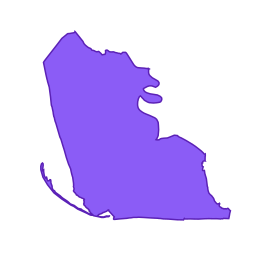 Sfantu Gheorghe, Tulcea, Romania (Equal Earth projection), rotated 83°
{"feature_id": "2599482B99417492783544", "entity_name": "Sfantu Gheorghe", "entity_type": "district", "adm_level": 2, "iso_a3": "ROU", "parent_name": "Romania", "parent_adm1": "Tulcea", "projection": "equal_earth", "projection_center": [29.46, 44.925], "detail": "fine", "context": "isolated", "style": "filled", "palette": "violet", "viewbox_px": 256, "rotation_deg": 83, "n_neighbors": 0, "source": "geoboundaries", "source_scale": "gbopen_adm2", "svg_char_len": 5780}
<svg xmlns="http://www.w3.org/2000/svg" viewBox="0 0 256 256"><g transform="rotate(83 128 128)"><path d="M71.2,100.7L71.6,101.1L71.4,101.3L71.1,102.7L70.6,104.5L70.1,107.1L69.6,109.6L69.2,111.2L68.8,111.9L68.3,112.6L67.4,113.5L66.7,114.0L65.8,114.6L55.6,119.4L54.3,120.0L53.0,120.8L52.6,121.3L52.5,121.8L52.5,122.5L52.4,122.8L52.3,123.6L52.3,124.0L52.5,124.3L53.4,125.5L53.6,126.0L53.6,126.3L53.0,126.8L52.9,127.1L52.8,127.9L52.7,128.3L52.2,129.5L51.3,132.0L50.9,132.5L50.7,132.9L50.5,134.9L50.4,135.9L50.1,136.8L49.9,137.3L49.6,137.6L48.6,138.6L48.2,139.1L48.1,139.5L48.1,140.2L48.3,140.8L48.6,141.0L49.7,140.9L50.2,141.0L51.6,141.5L52.1,142.0L52.0,142.7L52.2,144.4L52.2,144.8L51.7,145.1L50.4,146.0L48.5,147.7L48.4,148.0L48.5,148.7L48.6,149.6L48.4,150.1L48.2,150.6L47.7,151.4L47.0,152.4L46.8,152.8L46.6,153.6L46.4,154.2L46.3,154.4L45.2,154.9L44.7,155.3L44.3,155.8L43.6,157.1L43.0,157.9L41.9,159.0L40.6,160.2L39.5,161.0L38.7,161.5L37.7,161.8L36.8,162.1L36.5,162.2L28.4,167.2L26.3,168.5L25.8,168.9L26.1,169.0L26.3,169.0L26.6,169.2L26.7,169.5L26.9,170.4L27.0,172.9L27.1,174.0L27.0,176.2L27.1,176.5L27.3,176.9L27.6,177.4L28.1,178.1L30.4,181.8L31.0,182.7L32.0,183.7L36.1,187.7L49.9,201.5L51.4,202.9L52.6,203.9L65.4,202.9L70.1,202.4L71.0,202.2L71.8,202.2L77.9,201.2L87.7,201.1L96.0,201.3L98.0,200.8L99.6,200.7L102.8,200.4L105.1,200.4L107.7,200.2L108.9,199.8L110.0,199.8L112.5,199.5L114.5,199.0L128.7,196.7L131.1,195.9L137.6,194.8L142.4,193.9L149.8,192.8L156.7,191.4L159.3,190.6L161.7,189.9L163.6,189.8L166.6,189.5L168.6,189.2L170.2,188.9L176.2,188.8L178.7,189.0L179.4,189.3L181.7,188.9L182.4,189.1L183.8,189.8L185.3,189.0L185.5,188.7L186.0,188.3L186.8,188.1L187.9,187.1L188.3,187.2L188.4,186.9L188.8,186.2L190.2,185.1L190.2,184.9L190.7,184.4L191.1,183.7L191.3,183.1L192.0,182.3L192.5,181.1L193.4,180.0L193.6,180.0L193.7,180.5L194.2,180.7L194.5,180.5L195.2,180.7L195.9,180.4L196.2,180.4L196.6,180.8L197.4,180.8L197.6,181.1L198.0,181.0L198.8,181.2L200.3,180.0L201.5,179.4L202.9,178.1L203.1,177.7L204.9,176.6L205.4,176.6L205.3,176.3L206.3,176.2L207.0,175.8L208.1,175.5L208.0,175.2L208.4,174.6L208.8,174.5L209.7,173.7L209.2,176.0L205.1,181.5L204.0,183.3L202.8,184.3L201.7,187.3L200.0,189.1L198.3,190.8L196.3,194.5L194.1,196.3L192.7,197.7L189.9,201.0L188.8,202.1L187.0,203.6L184.6,206.2L183.0,207.9L181.5,208.5L180.1,210.1L177.7,210.6L176.5,210.4L173.2,211.2L170.9,211.0L169.9,211.2L169.8,211.8L170.6,212.1L170.6,213.2L170.7,214.0L169.6,214.6L168.0,214.6L167.0,214.8L167.7,215.7L166.9,216.2L165.0,216.9L162.4,217.0L160.9,217.0L159.3,216.8L159.9,217.9L158.1,217.6L154.5,216.7L152.9,216.7L152.3,217.2L153.1,218.3L155.3,219.2L158.9,219.6L166.5,218.4L174.5,214.8L183.4,209.4L190.3,202.5L197.7,193.9L199.1,191.5L202.4,187.8L204.5,184.3L207.7,179.1L209.3,176.8L210.0,175.5L210.4,173.5L211.0,172.6L212.4,168.3L213.6,165.0L213.8,163.0L213.6,161.0L213.4,159.7L213.7,158.6L213.5,157.6L213.0,157.1L212.9,157.2L213.1,158.2L212.7,159.9L213.3,163.1L212.9,165.5L212.0,168.1L211.7,169.4L211.6,169.1L210.3,167.6L209.7,164.5L208.9,163.2L209.0,163.1L208.1,159.6L207.8,158.9L207.4,158.5L207.1,158.1L206.9,157.4L207.1,157.1L208.1,157.1L208.4,156.8L214.6,152.4L215.5,153.2L216.7,153.4L217.0,153.1L217.1,152.1L217.2,147.5L217.5,140.4L217.4,137.5L217.5,135.9L217.4,133.4L217.8,130.1L217.8,128.6L218.7,123.4L220.2,115.4L221.3,108.9L221.6,108.3L221.6,107.5L222.5,104.1L223.3,99.1L225.1,90.2L225.8,85.2L226.0,84.1L224.6,83.1L225.3,82.4L225.8,77.4L226.4,73.6L227.0,69.2L227.4,63.1L227.8,58.8L228.4,54.9L228.8,51.2L229.4,48.0L229.6,47.1L229.5,46.7L229.5,45.8L229.7,45.0L229.4,44.2L230.2,39.0L227.2,38.0L225.1,37.4L223.8,36.9L222.6,36.4L222.4,36.6L221.8,37.2L220.1,38.3L219.9,38.7L219.9,39.1L220.2,39.7L220.3,40.3L220.0,40.9L220.1,41.2L219.9,41.6L220.0,41.9L219.9,42.3L219.9,42.8L219.7,43.3L219.2,43.7L219.2,44.4L218.9,44.8L218.2,45.2L218.1,45.6L217.8,45.9L217.3,46.4L216.8,46.8L216.4,46.9L216.0,46.9L215.2,46.7L214.5,46.2L213.9,46.4L214.1,46.7L214.2,47.4L214.3,48.3L214.1,48.8L213.8,49.2L212.3,50.2L211.0,51.0L208.3,51.6L206.9,52.4L205.2,53.4L204.3,54.4L202.5,55.6L200.7,56.0L200.1,56.1L198.8,56.2L197.5,56.2L196.6,56.1L195.5,56.4L195.1,56.4L192.5,56.4L187.9,56.4L186.6,56.6L185.0,56.9L182.4,57.3L179.7,57.3L179.4,57.4L179.5,58.0L179.3,58.4L179.3,58.7L179.2,59.1L177.7,59.0L175.7,58.1L175.3,58.8L175.0,58.9L174.6,59.0L172.0,59.0L171.9,59.0L171.7,58.8L171.8,58.8L171.9,58.4L171.9,58.2L170.7,57.9L170.1,57.4L170.0,56.9L170.0,56.1L170.0,55.7L170.1,55.4L169.8,55.5L165.6,54.9L165.3,54.7L163.5,54.5L163.2,54.5L163.3,54.7L163.3,55.0L163.0,55.6L161.8,56.4L159.6,58.2L154.6,63.2L153.1,64.9L152.4,65.7L148.5,70.6L147.2,72.3L144.1,76.7L143.9,77.2L142.6,79.1L141.6,79.7L141.5,79.9L141.0,82.0L140.8,83.0L140.9,83.4L141.1,84.0L141.8,86.6L142.7,90.1L142.5,93.7L142.5,96.2L142.6,96.5L142.7,97.3L143.4,98.3L143.5,99.4L143.3,100.8L143.0,101.6L141.7,100.4L139.3,99.0L138.8,98.9L136.0,98.3L133.6,97.8L129.4,97.5L127.3,97.4L126.0,97.4L122.9,98.5L121.2,100.1L118.3,104.8L116.2,108.6L115.2,110.3L114.5,111.2L113.7,112.2L112.9,113.0L112.3,113.7L111.4,114.4L110.8,114.8L109.9,115.2L109.1,115.5L107.3,115.7L106.3,115.7L104.9,115.5L103.8,115.3L103.1,115.2L102.1,114.8L101.9,114.7L101.5,114.6L100.8,114.4L99.2,113.5L98.2,112.8L97.7,111.7L98.8,110.9L100.3,109.9L100.7,109.5L101.8,108.8L102.5,108.3L103.3,107.2L104.5,105.6L105.4,103.9L106.0,101.1L106.3,99.4L106.4,97.0L106.4,95.2L106.3,93.6L106.0,92.5L105.0,91.6L104.1,91.1L103.3,90.9L102.0,91.0L100.5,92.2L98.8,94.8L97.3,100.0L96.8,101.8L95.3,105.1L94.2,106.6L92.8,107.6L91.3,108.0L90.7,107.8L89.1,103.6L88.8,101.9L88.9,100.2L89.3,98.8L90.9,95.7L90.4,94.4L89.8,93.3L88.8,92.2L88.0,91.8L86.8,91.7L85.9,92.1L85.0,92.6L83.1,95.1L81.1,97.8L78.8,99.8L77.8,100.4L76.8,100.7L75.3,100.8L73.8,100.6L72.8,100.4L72.2,100.2L72.0,99.7L71.2,100.7Z" fill="#8b5cf6" stroke="#5b21b6" stroke-width="1.5"/></g></svg>